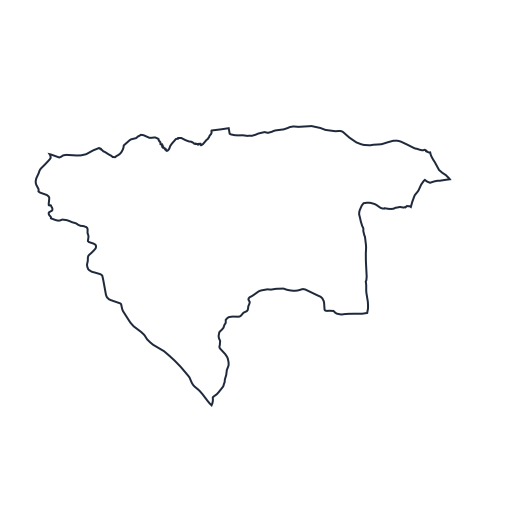 Soeng Sang, Nakhon Ratchasima, Thailand, rotated 80°
{"feature_id": "78962969B32036693641657", "entity_name": "Soeng Sang", "entity_type": "district", "adm_level": 2, "iso_a3": "THA", "parent_name": "Thailand", "parent_adm1": "Nakhon Ratchasima", "projection": "albers", "projection_center": [102.453, 14.379], "detail": "fine", "context": "isolated", "style": "outline", "palette": "slate", "viewbox_px": 512, "rotation_deg": 80, "n_neighbors": 0, "source": "geoboundaries", "source_scale": "gbopen_adm2", "svg_char_len": 6105}
<svg xmlns="http://www.w3.org/2000/svg" viewBox="0 0 512 512"><g transform="rotate(80 256 256)"><path d="M119.9,441.6L120.9,441.2L122.2,441.1L123.4,441.1L124.0,441.4L125.0,442.4L126.2,443.9L129.4,448.2L132.1,452.1L133.3,453.5L134.3,454.3L136.8,455.7L141.4,458.9L143.9,459.9L144.6,460.1L146.3,460.2L147.8,460.0L152.2,458.6L153.2,458.6L154.7,459.0L156.1,457.6L159.6,451.4L161.2,450.0L162.1,449.6L162.6,449.5L163.8,449.7L168.7,451.1L169.8,451.2L170.0,451.2L170.3,450.8L170.3,449.6L170.6,449.2L171.7,449.0L172.8,448.5L174.1,448.3L175.1,448.5L175.7,448.8L176.0,449.3L176.9,452.0L177.5,452.6L178.4,452.8L179.7,452.6L181.9,451.3L182.4,451.2L183.3,451.4L185.8,447.1L186.8,444.8L187.0,443.0L186.5,440.4L187.1,438.4L187.9,436.0L189.3,433.5L190.8,431.3L191.9,428.9L192.8,427.3L194.4,425.7L195.1,424.7L195.9,423.3L196.4,421.3L196.8,420.3L198.1,418.1L199.0,417.4L200.4,417.2L204.1,417.9L206.3,417.6L207.8,417.6L210.5,418.4L211.3,418.8L212.2,418.9L213.2,418.2L215.6,413.8L216.4,412.8L217.2,412.1L217.6,411.9L219.0,411.9L220.1,412.3L220.8,412.8L222.3,414.6L224.2,417.3L225.9,420.1L226.9,421.2L228.2,421.8L231.6,422.5L234.8,423.8L235.9,424.0L237.5,424.0L239.9,423.5L240.8,422.9L241.9,421.7L243.0,420.4L243.5,419.4L244.3,417.6L246.8,412.6L247.7,411.5L248.7,410.8L253.2,410.6L267.9,410.5L269.4,410.3L270.7,410.0L273.0,408.4L274.1,406.9L279.0,398.1L279.5,397.5L280.2,397.2L285.0,397.0L287.1,396.6L298.6,391.8L300.1,391.1L304.0,388.7L310.9,382.3L313.4,380.4L314.8,379.5L319.2,377.7L322.8,375.1L325.5,372.8L333.8,363.1L339.9,358.1L344.9,354.3L351.8,349.6L361.9,343.7L364.0,342.6L369.6,341.3L371.9,340.4L373.6,339.4L377.9,335.8L379.3,334.8L382.8,332.7L390.2,328.9L393.2,327.2L395.3,325.7L393.4,324.5L391.6,323.8L390.2,323.4L388.2,323.2L387.6,323.0L386.7,321.5L385.4,318.7L383.7,316.5L379.1,311.3L378.1,310.5L376.8,310.0L374.8,308.8L372.2,308.1L368.0,306.0L363.2,304.5L359.9,302.5L358.6,301.9L356.2,301.5L354.0,301.5L352.3,301.6L350.6,301.9L347.2,303.4L341.2,307.3L340.1,307.8L339.0,307.8L337.4,307.1L333.5,306.1L332.7,306.2L331.6,306.6L329.9,306.8L328.2,306.7L324.8,305.4L324.2,304.8L322.4,302.1L321.0,300.5L318.1,298.9L317.1,297.8L316.0,297.3L313.7,296.9L312.8,295.9L311.9,294.5L311.5,293.3L311.5,291.7L311.6,289.7L312.0,287.5L312.6,284.6L312.8,282.9L312.6,282.1L312.1,281.1L309.7,278.2L308.7,274.6L307.7,273.5L306.2,272.9L304.4,272.4L302.0,270.9L300.8,270.3L300.0,270.2L298.4,270.8L297.7,271.0L296.6,270.7L295.5,269.4L294.7,266.8L293.9,265.0L291.4,259.7L291.0,258.4L290.8,256.3L290.8,250.6L291.7,247.1L291.8,241.9L292.8,234.9L293.1,234.1L294.5,231.7L295.7,228.7L296.8,225.0L297.1,222.7L297.2,220.6L296.7,216.1L296.9,214.9L297.6,213.2L305.3,202.5L307.4,199.4L309.3,198.0L312.3,197.1L314.2,197.1L320.7,197.8L321.5,197.5L322.0,196.8L322.4,195.5L322.7,193.0L323.6,189.2L325.7,187.7L326.7,186.6L328.0,183.5L328.5,181.7L328.6,178.7L329.1,174.2L331.3,161.3L331.4,156.4L327.1,154.8L323.8,154.2L320.3,153.8L311.6,153.7L309.4,153.5L303.7,152.5L300.1,152.3L299.3,151.7L298.5,151.4L295.6,150.6L280.3,148.7L272.5,147.4L266.8,146.1L264.2,145.8L257.0,145.4L255.6,145.4L254.6,145.7L250.4,146.0L247.5,145.5L246.6,145.7L244.9,146.2L240.1,146.8L237.1,146.9L232.8,147.2L230.7,146.7L228.9,145.9L224.7,143.1L222.7,140.9L222.8,137.5L223.1,135.8L223.6,133.9L225.4,130.2L226.6,128.6L229.4,125.8L230.4,124.7L231.2,123.1L231.6,121.4L231.3,121.0L231.4,120.8L232.8,116.6L233.2,114.4L233.3,111.9L233.0,111.4L232.7,110.0L232.8,109.1L232.7,105.5L233.1,104.7L233.9,102.3L233.8,101.9L233.9,101.3L233.8,100.9L234.1,100.5L233.8,99.9L233.5,99.7L233.0,98.6L233.3,97.9L233.3,97.6L233.5,97.2L233.5,96.9L233.8,95.8L234.6,95.0L229.6,92.6L224.3,89.5L223.6,89.0L220.4,85.3L219.4,84.4L214.3,80.9L211.2,77.8L210.4,76.5L212.4,74.6L214.1,71.9L213.5,67.6L213.4,64.4L213.8,61.7L213.9,55.9L214.1,51.8L213.3,52.2L209.3,55.0L206.4,58.1L203.1,60.8L194.7,63.6L191.9,64.8L188.3,66.0L186.2,66.4L184.2,66.5L184.1,67.7L182.5,70.2L182.4,70.3L181.8,70.0L180.7,71.4L180.9,73.1L180.7,74.2L179.7,76.5L178.4,78.8L177.9,80.4L176.7,82.2L172.3,88.1L168.5,93.5L167.5,95.5L166.9,97.3L166.4,100.2L166.4,101.6L166.9,106.6L167.7,112.9L167.4,116.1L166.8,121.3L166.8,124.5L165.3,130.7L164.0,133.4L161.5,137.5L155.6,143.5L149.1,148.7L148.0,150.1L147.4,151.7L146.9,156.2L143.9,165.7L141.1,170.4L137.7,178.7L136.2,191.7L134.9,196.7L134.9,198.4L134.9,200.3L135.5,202.7L136.1,206.8L135.7,215.1L136.0,217.4L136.4,218.7L136.8,222.8L135.5,226.0L135.5,227.0L135.8,232.5L136.5,235.4L136.9,239.2L136.4,241.6L136.2,243.7L134.8,248.1L134.1,252.7L133.3,256.1L131.9,259.6L131.0,260.7L125.4,260.7L125.2,268.4L124.7,277.9L124.9,278.1L125.9,278.3L126.6,278.3L127.9,278.9L129.5,280.8L130.6,281.5L131.0,281.7L131.6,282.5L132.2,282.9L133.2,284.7L136.6,288.8L137.4,290.7L137.4,290.9L137.0,291.2L136.8,290.9L136.7,291.3L135.8,291.2L135.7,291.5L135.8,292.2L135.6,292.7L135.9,293.3L135.7,293.4L135.8,293.9L136.0,294.0L135.4,294.5L135.2,294.9L135.4,295.2L135.4,295.7L135.1,296.2L134.7,296.4L134.8,297.2L133.0,298.7L133.0,299.1L132.2,299.9L131.7,301.7L131.4,302.4L129.6,305.4L126.8,309.1L126.3,312.2L126.9,312.4L126.9,314.4L127.1,314.9L127.9,315.8L130.7,319.3L132.7,321.3L135.4,322.9L135.9,323.4L136.8,324.6L137.0,325.4L136.8,325.9L136.2,326.0L135.8,326.6L135.1,326.4L134.8,327.2L134.6,327.3L134.2,327.1L133.4,328.2L133.3,328.7L132.5,329.3L132.1,329.3L131.8,328.8L131.6,329.1L130.7,328.8L130.5,329.0L130.5,329.4L129.7,329.3L129.7,330.0L129.3,330.2L129.2,330.6L128.2,330.4L127.9,330.6L127.2,330.5L126.7,330.8L126.3,331.3L125.7,331.3L124.7,331.8L123.9,331.7L123.6,331.9L121.8,334.6L121.6,335.8L121.4,339.0L121.0,340.6L117.5,345.8L116.9,347.6L116.7,348.5L117.4,349.9L117.6,351.1L118.9,353.3L119.1,353.7L119.4,358.7L120.1,360.4L124.0,366.8L124.5,367.2L125.8,367.5L127.9,368.6L130.0,370.2L131.2,371.5L131.9,372.5L132.7,374.1L133.4,376.3L134.2,377.4L134.2,377.9L133.8,379.0L133.7,379.9L133.3,380.1L133.0,380.5L132.0,381.3L131.0,382.7L127.2,386.9L126.4,388.2L124.9,389.2L124.4,389.9L123.8,389.9L123.2,390.5L123.3,391.0L122.4,391.8L123.7,398.0L126.0,404.8L126.3,406.0L126.5,411.0L125.9,415.0L123.5,425.1L123.4,427.1L123.5,428.7L124.4,430.6L124.8,432.7L120.5,440.2L119.9,441.6Z" fill="none" stroke="#1e293b" stroke-width="2"/></g></svg>